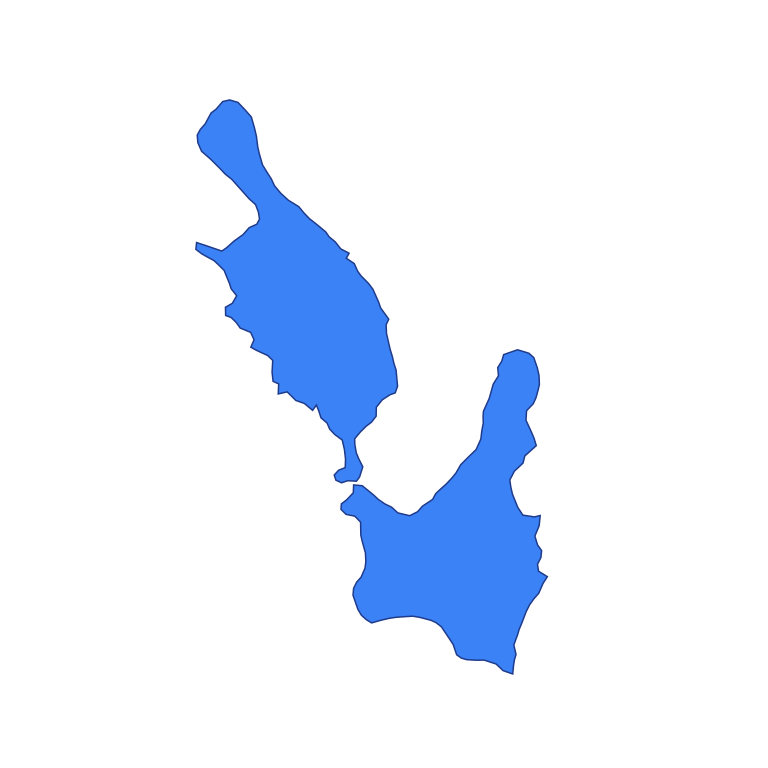 outline of Aigialousa, Cyprus, rotated 257°
{"feature_id": "46923920B6502915475397", "entity_name": "Aigialousa", "entity_type": "district", "adm_level": 2, "iso_a3": "CYP", "parent_name": "Cyprus", "parent_adm1": "", "projection": "orthographic", "projection_center": [34.239, 35.544], "detail": "fine", "context": "isolated", "style": "filled", "palette": "blue", "viewbox_px": 768, "rotation_deg": 257, "n_neighbors": 0, "source": "geoboundaries", "source_scale": "gbopen_adm2", "svg_char_len": 3114}
<svg xmlns="http://www.w3.org/2000/svg" viewBox="0 0 768 768"><g transform="rotate(257 384 384)"><path d="M292.5,331.7L284.9,329.6L279.5,321.5L276.8,315.5L271.5,313.9L265.5,317.7L261.8,325.8L254.7,330.1L241.8,327.4L234.8,327.4L223.5,327.9L214.9,326.3L208.9,324.1L200.9,318.2L197.1,312.8L191.7,308.4L185.2,306.3L175.5,307.3L170.2,307.9L163.7,310.0L158.3,313.8L154.0,318.2L154.5,327.9L154.5,336.6L154.0,343.1L152.3,353.9L151.3,359.8L148.6,366.3L143.2,376.6L139.9,380.9L134.5,385.3L124.8,389.0L114.6,392.8L103.8,393.9L99.5,397.7L96.8,402.6L94.1,411.8L92.5,419.3L86.0,430.2L77.9,435.6L72.5,444.2L80.6,446.9L86.0,449.1L90.8,451.8L100.5,451.8L109.7,457.8L114.5,460.5L120.5,464.8L130.2,471.3L136.1,476.2L140.9,481.6L145.2,487.6L153.9,494.1L159.5,499.8L166.8,492.5L173.8,493.0L179.7,497.9L186.2,500.1L192.7,497.4L201.9,496.8L211.0,503.3L220.7,506.6L220.7,500.6L225.0,489.8L233.7,486.6L247.7,484.4L255.2,484.4L262.2,485.0L269.8,491.5L272.5,496.3L275.7,501.7L282.2,505.0L289.7,518.5L297.3,518.0L303.7,516.9L316.7,514.2L325.9,516.9L331.2,525.0L336.1,528.8L339.4,530.6L343.1,532.6L348.5,535.3L357.7,537.0L365.2,537.0L376.0,535.9L381.4,532.1L387.3,521.8L386.5,514.2L385.7,507.2L379.8,503.9L374.4,498.5L366.3,497.4L359.3,490.4L346.3,483.3L335.0,474.7L329.6,473.1L323.7,472.0L316.2,468.7L308.6,466.0L299.4,459.0L293.5,449.2L288.1,440.6L281.1,434.1L277.3,429.2L272.5,422.1L269.3,416.2L265.5,409.7L260.6,405.4L256.3,394.0L252.0,388.0L249.9,379.4L255.3,368.5L262.3,363.7L267.1,357.7L273.1,352.3L277.9,349.1L282.8,345.3L289.8,339.9L292.5,331.7ZM519.3,379.4L525.3,372.3L533.4,368.5L539.8,363.6L545.2,361.5L553.8,355.0L561.9,348.5L569.4,344.1L575.9,340.9L584.5,332.2L593.1,326.3L601.8,321.9L609.3,320.3L614.5,318.4L616.8,317.6L624.9,314.9L636.8,314.3L643.2,314.3L654.0,315.4L662.6,315.4L674.0,314.8L682.0,310.5L691.2,305.1L695.5,297.5L695.5,290.4L689.6,282.3L686.9,276.4L677.7,268.3L673.4,262.3L668.5,258.0L661.0,256.9L651.8,258.6L642.1,265.6L630.8,272.7L624.4,276.4L617.4,281.9L610.4,285.7L594.7,294.3L587.7,299.2L579.7,300.3L572.7,299.8L568.3,296.0L566.7,287.9L561.3,280.3L557.0,270.0L552.2,261.3L550.0,255.9L558.1,242.9L564.0,233.2L557.5,231.0L551.6,235.9L546.2,241.9L542.4,246.2L537.6,249.4L530.6,253.8L523.6,254.9L517.1,256.0L511.2,256.5L503.1,260.3L496.7,254.3L494.5,246.8L486.4,245.1L483.2,250.0L477.3,253.8L470.8,256.5L464.3,265.7L456.3,267.3L449.8,262.5L445.5,267.3L437.9,277.1L432.0,280.9L420.7,277.6L411.5,276.5L407.8,281.4L398.1,278.7L398.1,287.9L387.8,294.4L383.0,302.0L374.4,308.5L378.7,313.4L372.2,314.4L365.2,315.0L358.7,319.8L352.3,320.9L345.8,324.7L338.8,330.7L329.1,330.7L319.4,329.6L311.3,327.4L310.2,320.4L306.5,315.0L301.1,315.5L297.3,320.4L297.9,326.9L295.5,335.3L298.9,339.3L308.1,344.7L316.7,342.6L323.2,341.5L331.8,342.0L337.2,343.1L342.6,350.2L346.9,357.2L349.6,363.2L354.4,369.1L363.1,371.3L369.0,378.8L372.2,387.5L372.8,392.9L378.7,396.7L394.9,398.9L401.9,398.3L408.9,398.3L416.4,397.8L427.2,397.8L432.6,397.8L441.2,399.4L446.1,403.2L459.0,397.8L464.9,397.2L478.9,394.5L485.9,391.3L494.6,385.9L499.9,383.7L508.0,382.1L515.0,375.6L519.3,379.4Z" fill="#3b82f6" stroke="#1e3a8a" stroke-width="1.5"/></g></svg>